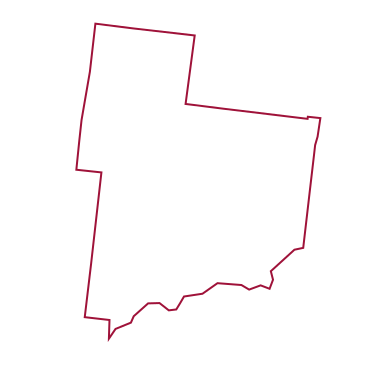 outline of Chilton, Alabama, United States of America, rotated 97°
{"feature_id": "52423323B35365477332818", "entity_name": "Chilton", "entity_type": "district", "adm_level": 2, "iso_a3": "USA", "parent_name": "United States of America", "parent_adm1": "Alabama", "projection": "orthographic", "projection_center": [-86.654, 32.866], "detail": "fine", "context": "isolated", "style": "outline", "palette": "rose", "viewbox_px": 384, "rotation_deg": 97, "n_neighbors": 0, "source": "geoboundaries", "source_scale": "gbopen_adm2", "svg_char_len": 655}
<svg xmlns="http://www.w3.org/2000/svg" viewBox="0 0 384 384"><g transform="rotate(97 192 192)"><path d="M85.1,308.0L134.0,310.4L155.8,310.1L184.0,309.5L183.6,284.3L275.4,283.4L329.3,283.2L329.1,258.3L347.7,256.6L337.2,251.2L329.1,236.7L322.4,234.7L307.9,222.0L306.2,210.7L312.3,200.6L310.5,193.3L303.7,190.2L296.7,187.2L291.7,169.2L279.4,155.6L278.3,131.6L281.9,123.4L276.3,112.5L278.6,103.2L269.2,100.9L261.0,104.1L236.8,83.3L233.9,74.8L176.1,75.2L141.3,75.4L130.4,75.5L121.8,74.1L103.0,73.6L103.2,86.2L105.3,86.2L105.5,171.3L105.4,202.4L105.4,209.1L36.3,208.4L36.8,270.3L36.7,308.4L85.1,308.0Z" fill="none" stroke="#9f1239" stroke-width="2"/></g></svg>